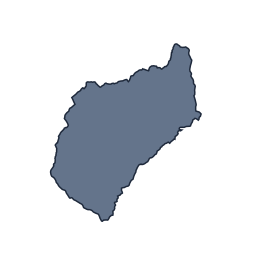 Rusca Montana, Caras-Severin, Romania, rotated 291°
{"feature_id": "2599482B76888345193799", "entity_name": "Rusca Montana", "entity_type": "district", "adm_level": 2, "iso_a3": "ROU", "parent_name": "Romania", "parent_adm1": "Caras-Severin", "projection": "albers", "projection_center": [22.446, 45.608], "detail": "fine", "context": "isolated", "style": "filled", "palette": "slate", "viewbox_px": 256, "rotation_deg": 291, "n_neighbors": 0, "source": "geoboundaries", "source_scale": "gbopen_adm2", "svg_char_len": 5766}
<svg xmlns="http://www.w3.org/2000/svg" viewBox="0 0 256 256"><g transform="rotate(291 128 128)"><path d="M187.2,176.6L191.1,175.8L192.2,174.8L192.6,173.8L193.3,173.1L195.1,172.4L196.0,171.8L196.8,171.1L197.0,170.8L198.2,169.0L198.9,168.2L199.6,168.0L201.2,167.9L201.9,167.4L203.2,165.5L204.9,164.6L208.7,163.9L211.3,163.7L213.9,163.3L214.6,162.8L215.0,162.0L216.6,160.5L218.2,158.7L218.7,158.3L219.8,157.8L220.5,157.6L222.0,157.5L222.7,157.2L223.3,156.5L223.8,155.6L223.7,155.3L223.7,154.8L224.1,154.3L224.2,153.6L224.3,153.1L224.2,152.5L223.6,151.9L223.3,151.1L222.7,149.9L222.7,149.3L222.4,148.4L222.4,147.8L222.5,147.6L222.6,147.3L223.0,147.0L223.2,146.6L223.4,145.3L223.8,144.1L223.9,143.6L223.7,142.7L223.2,142.1L222.9,141.8L222.7,141.7L222.0,141.5L220.6,141.5L219.4,141.3L219.0,141.4L218.2,141.7L215.9,141.4L215.7,141.5L215.4,141.8L214.6,142.0L214.3,141.8L214.2,141.6L213.9,141.6L212.6,142.0L211.6,142.2L211.4,142.3L211.2,142.5L210.5,142.5L210.0,142.6L208.9,142.9L208.1,142.7L207.5,143.0L207.0,143.1L206.5,143.0L205.6,142.5L204.9,142.3L204.5,142.3L202.7,142.6L201.5,142.5L200.8,142.3L199.3,141.7L199.1,141.6L198.7,140.6L198.4,140.3L197.9,140.0L197.1,139.7L196.6,139.2L196.1,139.0L195.5,138.7L195.2,138.5L195.0,138.3L195.0,138.1L195.3,137.3L195.6,136.7L195.7,136.3L195.5,135.2L195.2,134.8L195.1,134.5L194.7,134.0L194.6,133.7L194.8,133.5L195.7,132.8L195.8,132.6L195.9,132.4L195.7,132.0L195.3,129.8L195.1,129.3L194.7,128.6L194.5,128.0L194.1,127.7L193.5,127.2L192.9,126.8L192.0,126.5L190.4,126.5L189.6,126.6L189.0,126.8L188.8,126.7L188.6,124.8L188.6,121.6L188.5,121.3L188.3,121.1L188.5,120.5L188.2,120.4L187.7,120.3L187.3,120.1L187.0,119.8L186.7,118.8L186.2,118.0L186.1,117.8L184.1,116.6L183.4,115.9L182.6,115.3L181.7,114.8L180.7,114.5L179.6,114.3L178.9,114.1L178.6,113.9L178.3,113.1L177.4,112.1L176.8,112.1L175.8,112.3L173.8,112.2L173.0,112.3L171.5,111.8L171.4,111.8L171.4,111.7L171.7,111.4L171.9,110.8L172.5,110.0L172.8,109.5L172.7,109.3L172.4,108.6L171.3,107.3L170.4,106.5L170.0,106.0L169.3,104.5L168.8,103.8L168.1,102.7L167.7,102.3L166.2,101.7L164.8,99.7L164.3,99.2L164.5,98.6L164.5,98.2L163.8,97.0L163.2,96.6L162.8,96.2L162.4,95.1L162.1,94.6L162.1,93.9L161.8,92.5L161.8,92.2L162.0,91.5L161.9,91.2L161.2,90.5L159.6,90.0L159.2,89.8L158.2,88.8L156.8,88.1L156.5,87.8L156.1,87.4L156.1,87.2L157.0,84.6L157.6,83.6L158.0,82.3L158.2,82.0L158.6,81.6L158.8,81.4L159.1,80.6L158.9,80.0L158.5,79.1L157.9,78.3L158.0,77.7L157.9,77.1L157.5,76.4L157.3,76.1L157.0,75.4L156.8,74.5L156.4,73.5L155.8,73.1L155.4,72.9L155.1,72.9L152.6,73.8L152.1,73.9L151.0,73.5L150.8,73.6L150.6,73.7L149.8,73.2L149.4,73.1L149.1,73.1L149.0,72.9L148.9,72.3L148.9,72.2L149.3,71.9L149.3,71.4L149.2,71.3L149.0,71.1L147.1,70.3L146.8,70.3L146.5,70.4L145.6,70.0L144.6,69.3L143.9,68.6L143.4,68.2L141.0,67.3L136.3,64.6L134.7,66.4L133.6,67.4L131.1,70.0L126.7,67.7L126.0,67.0L125.6,66.7L124.7,66.5L124.1,66.5L122.5,66.7L120.4,65.5L119.5,65.2L118.1,64.7L117.5,64.7L116.8,64.7L115.5,65.1L115.1,65.2L114.3,65.1L114.0,65.3L113.3,66.3L113.0,67.0L111.1,69.5L109.4,71.1L109.1,71.3L108.6,71.3L107.6,71.1L106.5,70.6L106.3,70.4L106.2,69.8L105.7,69.3L104.9,68.6L104.4,68.7L104.0,68.6L102.7,68.1L101.8,67.8L101.2,67.4L100.5,67.1L99.0,66.7L97.3,66.6L96.9,66.4L96.3,66.4L95.8,66.2L95.3,66.1L94.2,67.0L90.4,67.3L89.0,67.5L88.7,67.0L88.3,67.0L87.9,66.8L87.0,66.4L86.2,66.2L85.8,66.3L84.8,67.4L84.2,67.9L83.7,68.5L83.3,68.8L82.0,69.2L79.9,70.0L79.3,69.8L78.1,70.2L77.5,70.2L77.2,70.4L76.7,70.6L76.2,70.6L75.1,70.4L74.4,70.7L73.6,70.6L73.0,71.1L72.1,71.5L69.4,72.3L68.6,72.0L68.0,71.6L67.4,71.6L66.8,71.7L66.6,72.0L65.6,72.3L63.4,71.8L62.0,71.4L61.0,71.2L59.8,71.3L58.9,71.6L56.9,72.8L56.5,73.2L55.7,74.0L55.5,74.6L55.2,76.1L55.0,76.7L54.2,78.0L53.7,78.7L53.1,79.3L52.7,79.7L51.9,80.2L51.5,80.6L51.0,81.5L50.7,82.2L50.4,82.6L49.3,83.8L48.5,85.2L47.7,87.2L47.3,88.1L47.1,89.5L47.2,91.0L47.1,91.8L46.9,92.2L46.2,92.9L45.6,93.4L45.0,94.0L43.8,95.8L42.0,98.1L41.9,98.5L41.7,98.9L41.8,99.1L42.7,100.2L42.7,100.7L42.6,101.2L42.1,102.1L41.6,103.2L41.5,105.3L41.1,107.1L40.8,109.0L40.6,109.6L40.3,112.2L40.1,112.6L39.4,113.7L37.9,115.0L37.7,115.5L37.4,118.5L37.4,119.7L38.1,121.7L38.1,122.8L38.1,123.4L38.0,124.0L37.2,125.8L37.0,127.5L36.9,129.2L37.0,129.9L36.9,131.1L36.6,131.6L35.7,132.6L33.7,134.3L31.7,136.6L31.8,137.5L33.2,138.2L34.3,140.5L34.8,142.1L36.2,142.5L38.5,142.7L40.5,143.8L41.2,145.1L42.8,144.7L44.4,143.9L45.0,143.7L46.7,144.5L48.3,144.4L49.0,143.9L50.1,143.7L51.6,144.0L52.4,143.1L53.2,142.2L53.9,142.3L54.9,143.6L55.6,144.1L56.5,143.5L57.9,143.3L58.9,143.8L60.0,143.5L60.7,142.7L61.7,143.7L62.4,144.6L63.5,144.8L65.2,146.1L66.0,145.7L67.4,144.3L69.5,143.5L70.4,144.5L71.2,146.0L72.6,147.1L73.8,148.9L74.8,149.5L77.2,149.4L80.3,149.8L81.9,151.0L85.4,150.7L87.6,150.8L89.7,151.1L91.2,150.7L94.5,150.9L95.8,151.1L97.2,151.4L97.9,151.8L98.9,153.0L98.6,153.2L99.3,154.9L100.6,156.3L102.2,157.3L103.7,158.5L107.2,158.9L108.3,159.7L108.7,160.7L110.4,161.8L112.8,162.7L113.9,163.7L115.4,163.7L117.0,163.5L118.1,164.4L118.8,164.8L120.0,165.4L121.5,165.3L122.5,166.2L123.9,166.5L125.0,167.4L126.7,168.2L127.5,169.3L129.2,170.6L128.7,172.4L130.8,173.1L132.5,174.2L134.3,175.0L134.3,175.8L137.0,175.1L138.1,175.9L139.5,176.6L140.7,176.8L141.4,176.0L143.0,176.0L143.9,176.7L144.2,178.1L145.4,178.9L145.1,177.7L145.0,176.5L145.9,176.0L146.8,176.1L147.4,176.7L148.1,178.4L148.7,180.1L150.3,181.8L151.7,184.9L152.3,185.6L153.7,185.5L155.2,185.6L155.9,185.8L156.9,185.9L158.7,185.6L159.7,186.4L160.9,186.9L161.1,187.7L161.0,189.1L160.9,189.7L160.7,190.3L160.5,190.8L161.4,191.1L163.5,190.7L164.8,191.4L167.3,191.2L167.9,190.0L168.4,188.7L168.3,187.1L168.1,185.5L169.1,184.7L172.2,183.5L173.3,183.5L174.6,183.1L178.2,180.7L181.7,178.0L183.1,178.3L185.2,177.6L187.2,176.6Z" fill="#64748b" stroke="#1e293b" stroke-width="1.5"/></g></svg>